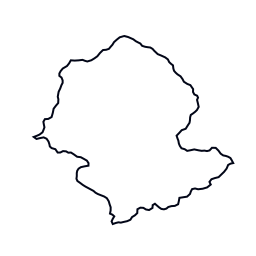 Pedra do Indaiá, Minas Gerais, Brazil, rotated 76°
{"feature_id": "56859067B98249268301401", "entity_name": "Pedra do Indaiá", "entity_type": "district", "adm_level": 2, "iso_a3": "BRA", "parent_name": "Brazil", "parent_adm1": "Minas Gerais", "projection": "robinson", "projection_center": [-45.221, -20.289], "detail": "fine", "context": "isolated", "style": "outline", "palette": "ink", "viewbox_px": 256, "rotation_deg": 76, "n_neighbors": 0, "source": "geoboundaries", "source_scale": "gbopen_adm2", "svg_char_len": 2666}
<svg xmlns="http://www.w3.org/2000/svg" viewBox="0 0 256 256"><g transform="rotate(76 128 128)"><path d="M60.8,182.0L63.0,180.3L66.0,179.9L68.4,180.5L70.3,182.2L73.4,184.3L76.0,186.5L78.2,187.5L80.7,188.6L83.2,188.6L86.9,189.7L88.8,192.4L91.3,195.5L95.1,197.3L98.9,199.5L99.9,203.2L99.3,206.5L101.5,208.6L104.3,208.8L107.1,208.9L109.2,210.3L111.5,212.0L113.0,215.5L113.5,218.3L113.9,221.6L116.5,219.4L116.5,216.1L116.7,212.1L118.7,209.6L121.9,208.4L124.8,208.2L127.0,208.3L129.0,207.0L131.0,203.6L134.8,202.2L135.4,199.6L134.7,196.6L135.7,193.7L137.5,191.9L138.0,189.3L140.3,187.1L143.6,184.3L144.9,180.9L147.2,178.4L149.7,175.8L152.5,174.8L155.0,175.5L154.7,179.4L154.6,183.2L155.5,185.8L157.2,187.6L159.3,188.6L162.2,189.3L164.8,190.3L167.2,189.9L169.6,187.8L172.2,185.7L174.5,183.5L176.5,181.3L178.6,179.0L180.7,176.7L182.9,175.2L184.7,173.3L186.5,170.8L188.7,167.7L191.0,165.5L194.5,164.4L197.6,164.3L200.7,164.0L203.8,164.8L206.7,166.2L208.3,164.1L210.4,162.7L212.5,164.8L214.6,166.5L217.5,166.0L217.2,162.8L217.2,160.1L218.1,157.8L218.1,154.9L218.2,151.3L217.6,147.9L215.4,145.6L214.4,142.4L212.8,139.6L209.1,138.5L208.3,135.3L209.2,132.4L211.4,130.3L212.7,127.4L211.5,123.6L208.8,122.7L208.0,120.2L210.2,118.7L212.7,116.9L214.6,115.2L215.6,112.8L215.5,110.2L214.4,108.0L214.3,104.8L214.9,101.4L214.1,97.8L210.9,96.2L208.2,95.0L208.5,91.8L208.9,87.3L207.0,83.8L204.8,82.4L202.8,80.6L202.9,77.6L204.4,74.8L205.0,70.2L204.8,65.6L202.9,61.4L200.0,62.0L197.9,59.4L197.6,55.7L197.6,52.0L195.7,48.7L193.8,45.4L191.2,42.1L188.1,39.8L187.4,37.2L187.5,34.4L184.2,35.2L181.9,35.9L180.1,37.8L178.8,39.8L177.6,42.3L175.3,44.3L171.8,45.7L168.5,47.7L167.5,51.3L169.5,54.3L169.5,56.9L168.4,59.4L168.0,62.0L166.7,65.0L164.8,68.9L164.7,72.7L164.5,76.1L162.3,78.1L160.6,81.0L158.0,82.0L155.4,82.4L152.4,82.2L150.1,82.5L147.2,82.7L145.4,79.8L143.1,76.4L142.7,72.2L139.8,69.2L137.9,67.1L135.7,66.1L132.6,65.1L130.5,63.9L129.6,61.4L128.5,58.9L127.2,56.7L124.6,54.3L120.7,54.2L117.4,54.2L115.5,52.7L113.4,53.1L111.5,55.5L108.8,56.2L106.0,55.4L103.7,56.3L101.5,57.1L99.6,59.8L96.6,62.6L93.9,63.2L90.6,64.5L87.9,67.0L85.8,68.4L83.6,69.5L81.2,69.6L78.1,69.2L76.2,70.7L74.0,72.1L71.1,72.7L68.4,74.9L65.7,78.3L63.5,81.3L61.6,82.5L59.4,83.9L57.2,85.0L55.3,86.9L54.3,89.5L53.3,91.8L51.7,94.4L49.0,95.6L47.4,97.5L45.7,99.4L43.2,101.4L41.5,103.6L39.8,105.8L37.8,109.5L38.0,114.1L39.6,117.6L41.3,120.8L43.4,122.9L44.9,125.1L46.6,127.4L46.8,130.3L46.3,133.4L48.4,137.0L51.0,140.4L52.3,143.7L53.4,147.2L53.6,151.4L52.4,153.5L50.9,155.6L50.4,159.6L49.7,163.4L48.5,167.1L51.1,169.6L53.1,172.2L54.5,176.9L56.5,179.6L58.5,181.4L60.8,182.0Z" fill="none" stroke="#020617" stroke-width="2"/></g></svg>